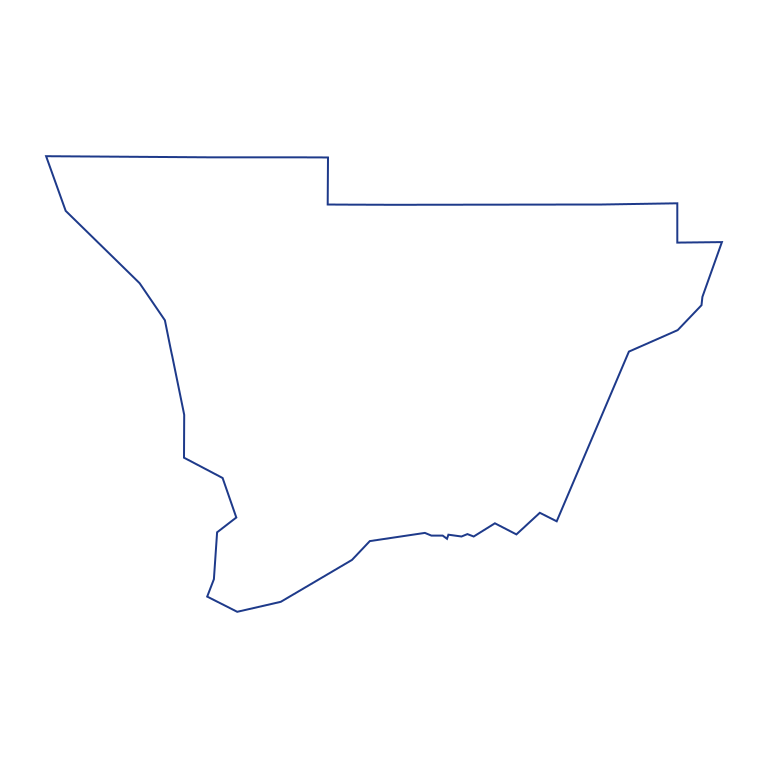 Muscogee, Georgia, United States of America (Albers equal-area conic projection)
{"feature_id": "52423323B73229184537448", "entity_name": "Muscogee", "entity_type": "district", "adm_level": 2, "iso_a3": "USA", "parent_name": "United States of America", "parent_adm1": "Georgia", "projection": "albers", "projection_center": [-84.88, 32.491], "detail": "fine", "context": "isolated", "style": "outline", "palette": "blue", "viewbox_px": 768, "rotation_deg": 0, "n_neighbors": 0, "source": "geoboundaries", "source_scale": "gbopen_adm2", "svg_char_len": 701}
<svg xmlns="http://www.w3.org/2000/svg" viewBox="0 0 768 768"><path d="M677.3,203.3L602.2,204.5L393.0,204.8L339.4,204.6L327.7,204.5L328.0,157.5L319.6,157.4L280.7,157.3L206.5,157.3L46.1,156.2L65.7,210.9L120.0,264.0L139.6,283.2L164.9,320.3L170.3,347.1L171.8,354.3L172.1,355.5L183.4,410.8L184.2,414.9L184.0,457.7L222.6,478.0L236.3,517.5L217.1,532.3L213.9,579.2L207.2,596.6L237.2,611.8L280.8,601.8L352.0,559.9L369.8,541.1L424.9,532.9L431.4,535.6L442.7,535.6L447.0,538.8L448.4,534.7L461.5,536.5L467.4,534.1L473.7,536.5L494.9,523.3L516.4,534.4L539.8,512.8L556.7,521.3L628.9,351.6L677.7,330.1L701.5,305.2L702.4,296.9L721.9,242.1L677.3,242.6L677.3,203.3Z" fill="none" stroke="#1e3a8a" stroke-width="2"/></svg>